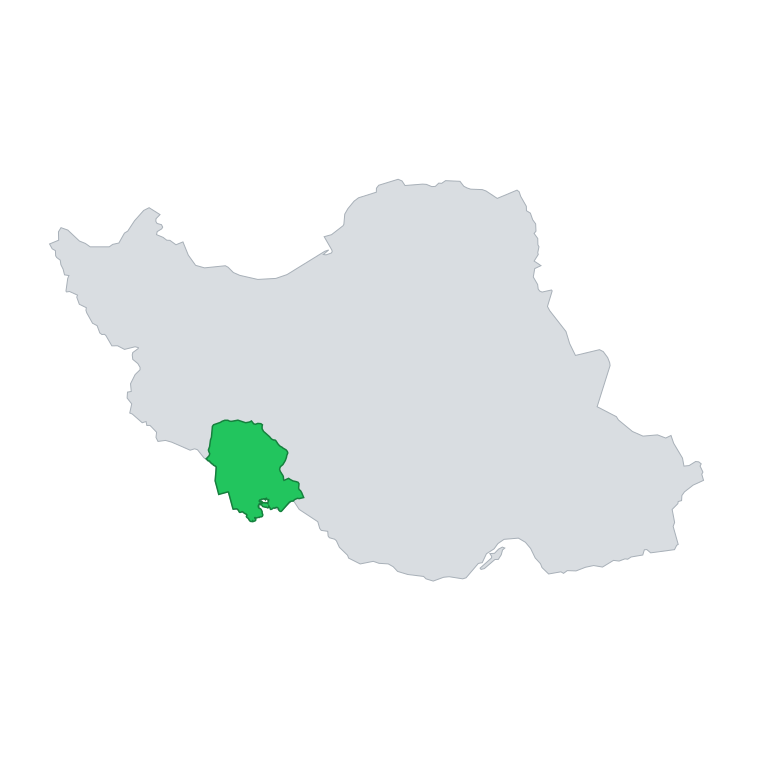 Khuzestan highlighted on a map of Iran, rotated 344°
{"feature_id": "IRN-3219", "entity_name": "Khuzestan", "entity_type": "Province", "adm_level": 1, "iso_a3": "IRN", "parent_name": "Iran", "parent_adm1": "", "projection": "albers", "projection_center": [48.994, 31.501], "detail": "fine", "context": "in_parent", "style": "filled", "palette": "green", "viewbox_px": 768, "rotation_deg": 344, "n_neighbors": 0, "source": "natural_earth", "source_scale": "10m", "svg_char_len": 7302}
<svg xmlns="http://www.w3.org/2000/svg" viewBox="0 0 768 768"><g transform="rotate(344 384 384)"><path d="M367.1,225.9L374.7,226.0L388.2,220.6L389.4,219.5L393.1,209.9L397.6,205.5L405.6,200.0L410.8,198.0L429.5,197.5L430.7,193.7L433.7,191.5L454.0,191.1L457.3,193.8L458.9,199.0L476.2,202.5L479.8,203.8L484.3,207.4L487.8,208.2L492.0,206.0L494.8,207.0L499.2,205.5L512.9,210.1L515.2,215.9L517.8,218.4L521.0,220.6L532.0,224.2L535.3,226.6L544.0,236.8L565.3,234.3L566.9,236.5L567.1,241.3L569.8,252.4L568.7,256.7L571.8,260.1L572.2,267.1L573.9,271.9L572.2,279.0L569.8,280.6L571.9,286.5L570.3,292.6L570.8,294.8L568.0,300.1L568.0,302.0L562.2,307.2L567.5,313.5L560.7,314.6L557.0,322.3L559.1,330.7L558.4,335.2L559.3,337.6L561.3,339.2L570.9,339.8L571.3,340.9L562.5,354.5L563.5,359.2L573.4,383.7L573.6,396.4L575.9,409.3L600.6,410.4L603.7,413.3L606.3,420.3L606.8,425.7L606.4,428.6L582.6,464.6L598.4,479.5L599.4,483.1L609.7,498.1L618.6,505.5L632.9,508.3L639.9,513.6L645.7,512.6L646.1,520.8L650.5,537.5L649.7,545.6L654.8,546.5L662.2,544.4L665.1,545.6L666.9,548.2L665.2,550.0L666.3,556.6L664.6,558.3L664.6,564.7L653.3,566.4L643.1,570.5L639.6,573.3L637.9,578.1L634.4,578.1L633.5,580.0L626.4,584.0L625.2,597.2L622.7,600.6L622.6,619.3L620.9,619.7L617.6,623.3L593.8,619.8L591.0,615.6L588.6,615.1L585.6,619.7L573.8,618.4L570.0,619.6L567.4,618.5L561.2,619.0L556.0,616.8L543.6,620.2L535.5,616.3L527.2,615.7L517.1,616.6L508.7,613.9L504.4,615.5L502.3,613.3L489.9,612.0L485.3,604.0L484.9,599.9L481.4,592.9L479.6,582.5L476.3,575.1L470.7,569.2L456.6,566.4L449.5,568.8L444.4,572.8L435.7,575.4L429.2,582.8L425.2,582.5L409.5,592.9L406.0,593.0L393.5,587.2L388.0,586.2L377.0,587.0L370.7,582.9L369.0,579.9L354.4,573.7L345.4,567.9L342.5,562.2L338.5,558.1L329.8,555.0L324.8,551.5L311.5,550.4L302.0,541.6L301.8,538.6L296.1,528.7L295.0,521.5L293.8,519.6L289.1,516.7L288.4,514.7L289.3,510.1L283.3,507.4L282.4,505.1L282.4,498.1L267.9,481.2L265.0,471.8L262.3,471.4L249.8,477.7L246.1,474.2L235.0,468.2L233.5,466.0L236.2,464.8L239.0,465.9L240.7,464.6L240.0,462.6L237.2,461.4L233.5,461.5L234.5,463.4L231.0,465.2L230.2,467.5L231.0,474.6L229.6,476.6L223.7,477.7L220.0,480.0L216.7,477.4L215.8,472.2L213.7,468.9L210.7,467.7L208.4,464.4L204.5,462.7L204.5,444.9L194.9,444.3L195.0,430.8L199.5,417.4L190.5,405.2L186.6,395.8L184.1,394.1L179.4,394.2L163.9,381.4L158.4,378.0L150.9,376.9L150.1,372.5L152.1,367.7L148.7,361.2L147.6,359.3L144.6,358.5L144.9,354.5L140.9,354.6L133.7,343.4L131.6,341.8L136.0,333.6L133.2,326.7L135.2,321.1L139.0,321.5L140.4,313.9L147.4,306.3L153.4,303.1L154.1,300.8L153.0,296.5L149.3,291.1L150.0,286.7L151.2,284.5L157.5,282.2L157.9,281.3L155.0,279.6L144.1,279.2L138.4,273.8L132.9,272.3L130.0,260.7L129.0,259.2L126.5,258.7L124.9,256.6L124.3,248.8L120.6,245.3L117.9,233.8L117.8,231.0L118.9,228.6L113.1,223.4L112.6,215.8L113.9,214.1L107.2,208.4L104.2,208.0L103.9,207.0L109.0,195.5L111.0,192.9L107.0,191.0L107.2,185.2L106.3,180.3L106.9,175.7L104.3,172.3L103.7,170.3L104.9,165.2L102.3,162.6L101.1,157.2L110.9,156.1L113.0,148.0L116.6,144.7L122.5,148.9L130.6,162.6L135.7,166.6L139.4,171.2L157.7,176.4L161.7,175.0L168.0,175.4L176.1,167.4L179.8,166.4L189.2,158.3L200.9,150.9L206.8,149.8L215.4,159.4L210.4,162.3L209.5,164.7L210.1,167.1L214.0,169.5L214.5,172.2L213.1,173.6L208.0,175.0L206.5,177.7L212.1,182.2L214.8,185.9L217.8,186.9L222.4,192.8L229.9,192.0L231.4,206.2L235.6,218.0L243.5,222.9L264.1,226.6L266.4,228.9L269.9,235.3L275.3,239.8L291.5,248.7L309.2,252.7L320.9,252.1L363.7,240.1L367.8,239.9L361.4,242.8L363.9,243.9L369.4,243.6L370.7,242.5L370.8,240.8L367.1,225.9ZM452.2,576.2L449.6,580.5L445.5,584.1L442.2,583.3L429.6,589.1L426.2,589.0L425.6,587.5L439.5,580.8L440.0,579.2L439.0,576.2L443.6,577.2L448.6,574.3L452.8,573.4L454.9,575.0L452.2,576.2Z" fill="#d9dde1" stroke="#a8b0b8" stroke-width="1"/><path d="M210.6,467.8L210.2,467.7L209.9,467.6L209.7,467.3L209.5,467.0L209.3,465.5L209.0,464.8L208.7,464.1L208.2,463.6L207.9,463.4L207.6,463.2L204.5,462.8L204.4,461.7L204.7,445.3L204.6,444.9L204.3,444.7L194.7,444.6L194.9,436.4L195.0,430.5L199.6,418.5L199.8,417.7L199.7,417.0L199.3,416.4L198.2,415.5L197.7,415.0L197.6,414.8L197.5,414.2L197.3,413.8L197.1,413.6L196.6,413.3L196.4,413.0L195.4,411.1L195.2,410.5L195.0,409.9L193.9,409.4L193.5,408.9L192.9,407.4L192.5,406.8L193.2,406.5L196.3,404.6L197.3,402.9L197.0,400.7L197.0,399.0L199.1,396.1L201.8,389.9L203.4,387.7L207.4,377.4L209.0,376.2L216.0,375.8L218.0,375.2L221.1,375.0L224.0,375.9L225.5,377.3L227.3,377.9L233.6,378.5L240.3,383.1L244.3,383.5L246.4,383.0L247.8,386.4L249.3,387.3L251.8,387.1L254.7,388.2L255.9,389.8L255.3,390.7L254.5,393.3L254.7,394.3L255.1,396.3L259.5,403.2L260.5,405.5L261.2,406.4L261.9,406.9L262.3,407.4L263.7,407.8L264.2,408.3L264.6,409.2L265.4,412.0L266.3,414.0L267.2,415.4L268.6,416.7L269.2,417.7L271.7,420.3L272.5,422.2L272.5,423.8L270.9,425.8L269.9,427.8L268.0,430.4L264.6,433.6L262.3,434.6L261.3,435.3L260.6,436.3L260.1,437.4L260.2,439.4L261.6,444.2L261.7,445.6L261.5,446.1L261.4,447.1L261.1,448.2L261.3,449.1L266.3,448.4L267.5,449.9L269.8,452.1L272.6,453.6L274.3,454.8L274.8,456.5L273.2,460.6L273.4,462.3L274.3,463.4L274.9,465.6L275.5,471.0L270.9,470.8L269.2,470.0L266.2,470.5L264.3,471.5L263.5,471.2L262.5,471.1L261.4,471.3L260.3,471.6L251.1,477.6L250.1,478.1L249.1,477.9L248.3,476.7L248.2,476.1L248.2,474.6L247.9,474.0L247.7,473.7L247.5,473.4L247.2,473.2L246.9,473.0L246.7,473.0L246.0,472.9L245.7,473.0L245.1,473.1L244.7,473.2L244.4,473.1L244.0,472.8L243.7,472.7L243.1,472.8L242.0,473.3L241.4,473.4L240.6,473.4L240.3,473.1L240.4,471.7L239.9,471.3L239.8,471.1L239.8,470.9L239.8,470.4L239.8,470.1L239.9,469.9L239.9,469.7L239.6,469.5L239.4,470.0L239.1,470.6L238.7,471.0L238.2,471.1L237.6,470.7L237.4,470.3L237.1,470.0L236.5,469.9L235.9,469.7L233.9,468.5L233.5,468.2L233.3,467.1L232.8,466.4L232.0,466.0L231.1,465.7L231.4,465.2L231.9,465.0L233.1,465.2L233.7,465.2L234.7,464.9L235.2,464.8L235.8,464.9L237.0,465.6L237.4,465.7L238.1,465.8L238.6,466.0L239.0,466.4L239.4,466.9L239.5,466.4L240.1,465.4L241.0,464.3L241.1,464.0L241.2,463.4L240.5,463.5L240.1,463.2L239.8,462.7L239.6,461.5L239.3,461.6L238.8,462.1L238.3,462.5L238.4,462.0L238.4,461.9L238.5,461.8L238.3,461.4L238.1,461.4L237.8,461.7L237.3,461.8L237.2,461.6L236.8,461.2L236.6,461.1L236.2,461.3L235.4,461.2L234.9,461.0L234.4,461.0L233.9,461.3L232.9,461.1L232.0,461.7L231.8,462.4L232.6,462.7L233.5,462.9L234.3,463.4L234.5,464.0L233.9,464.6L233.4,464.6L231.8,464.3L231.5,464.4L229.9,465.9L229.8,466.1L229.5,466.5L229.4,466.9L229.7,467.2L229.6,467.5L229.4,467.7L229.3,467.9L229.5,468.7L230.0,469.2L230.6,469.6L231.1,470.2L231.3,470.8L231.5,471.5L231.7,473.1L231.6,473.5L231.4,474.2L231.3,474.6L231.3,475.0L231.5,475.6L231.5,476.0L231.3,476.7L230.9,477.3L230.4,477.7L229.8,477.9L227.8,477.6L227.3,477.9L226.7,477.6L224.6,477.6L223.4,476.9L222.9,476.8L222.8,477.4L223.0,477.8L223.4,478.4L223.4,478.9L223.3,479.2L223.1,479.5L222.9,479.8L222.6,479.9L221.9,480.1L219.8,479.9L219.8,479.7L219.6,479.9L219.6,480.0L219.4,479.9L218.5,479.6L218.0,479.4L217.6,479.0L217.4,478.8L217.3,478.6L217.0,477.9L217.0,477.5L216.4,475.8L216.2,475.4L215.6,474.7L215.2,473.9L215.2,473.7L215.2,473.3L215.5,473.0L215.8,472.8L216.0,472.5L216.1,472.1L216.0,471.8L215.9,471.4L215.7,471.1L214.5,470.1L213.6,469.0L213.0,468.0L212.7,467.7L212.4,467.6L212.0,467.6L210.9,467.8L210.6,467.8Z" fill="#22c55e" stroke="#15803d" stroke-width="1.5"/></g></svg>